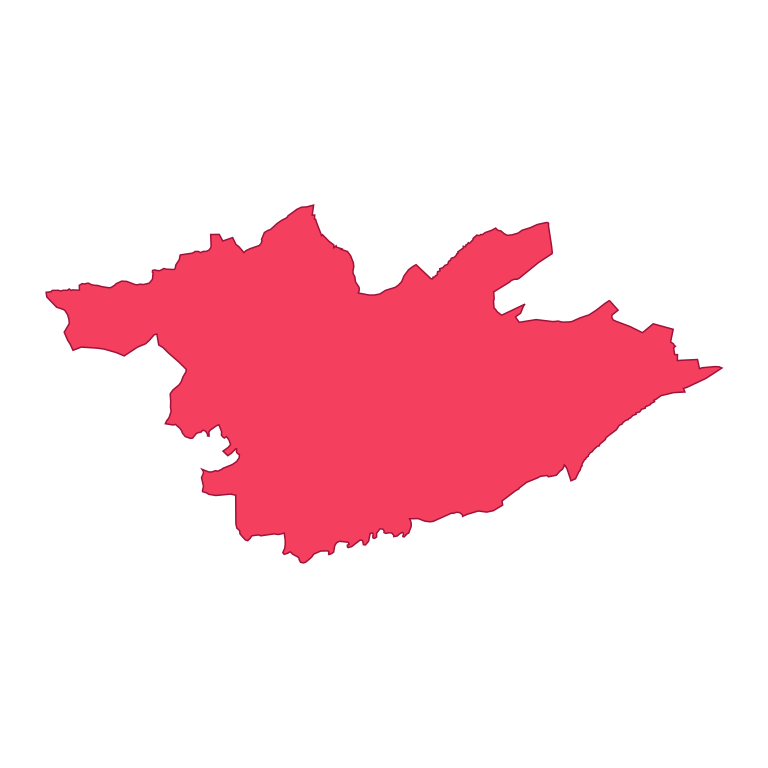 Halmasd, Salaj, Romania (Equal Earth projection)
{"feature_id": "2599482B57366951483701", "entity_name": "Halmasd", "entity_type": "district", "adm_level": 2, "iso_a3": "ROU", "parent_name": "Romania", "parent_adm1": "Salaj", "projection": "equal_earth", "projection_center": [22.598, 47.158], "detail": "fine", "context": "isolated", "style": "filled", "palette": "rose", "viewbox_px": 768, "rotation_deg": 0, "n_neighbors": 0, "source": "geoboundaries", "source_scale": "gbopen_adm2", "svg_char_len": 6085}
<svg xmlns="http://www.w3.org/2000/svg" viewBox="0 0 768 768"><path d="M705.9,378.4L721.9,368.0L719.0,366.8L715.0,366.6L702.3,367.7L699.5,368.7L697.5,359.5L677.3,360.5L677.5,354.6L674.7,354.6L673.6,348.0L675.4,346.2L674.3,345.5L673.5,343.9L670.6,341.9L673.2,329.3L653.2,323.8L642.5,332.7L629.7,326.4L616.1,321.3L613.1,319.9L611.8,317.2L611.9,315.8L612.2,314.9L618.1,310.2L610.0,301.1L609.1,300.7L605.0,303.4L596.5,310.0L589.2,314.8L580.0,317.9L571.7,321.6L568.3,322.0L562.2,322.1L558.3,321.1L552.9,321.6L536.1,319.6L519.2,322.3L515.6,317.2L515.8,316.6L520.6,313.2L523.4,306.2L525.0,304.1L501.6,315.2L496.9,311.5L495.6,309.4L494.0,308.0L493.5,300.8L494.0,300.0L494.1,298.4L493.7,291.9L509.6,282.1L511.3,280.5L514.1,279.3L517.4,279.2L519.0,278.4L538.7,262.4L552.0,253.7L552.3,252.9L551.6,246.3L548.5,226.0L548.6,223.5L548.0,222.7L546.4,222.5L537.3,224.5L530.3,227.7L522.2,230.2L518.1,233.1L511.8,234.9L507.2,235.3L504.2,233.7L500.9,230.9L497.8,230.3L495.7,228.1L491.7,230.3L485.1,232.6L482.5,234.6L480.6,234.5L479.6,235.6L476.8,235.1L476.0,235.7L475.7,236.6L474.6,236.9L473.0,238.6L473.0,239.7L469.4,243.4L468.3,242.7L467.0,244.7L466.1,244.7L465.8,246.3L465.4,246.7L463.3,246.3L463.3,248.0L457.8,251.9L458.1,253.1L456.8,253.8L456.3,255.3L454.3,257.3L451.3,258.2L450.3,260.5L449.5,260.6L448.3,262.0L448.2,263.4L447.4,264.4L444.7,265.5L442.8,267.7L439.7,268.7L440.0,270.9L437.6,271.7L437.0,275.2L435.6,275.6L434.6,277.1L433.1,277.1L432.6,278.8L430.9,278.7L416.1,264.7L413.0,266.4L408.6,269.7L404.0,275.9L401.7,281.6L398.5,285.0L395.4,287.3L385.6,290.3L379.8,294.0L374.6,295.0L369.5,295.1L358.3,293.0L359.0,291.5L359.3,289.3L359.0,287.2L355.5,281.8L354.8,276.7L353.3,274.0L352.9,271.7L353.8,266.4L353.3,262.6L350.6,255.7L347.5,251.5L341.2,249.4L341.9,248.9L336.5,247.1L336.1,245.8L333.8,247.7L333.8,244.9L329.1,241.4L322.5,234.7L321.6,235.6L316.3,221.8L315.7,219.4L314.5,219.0L314.7,215.0L312.2,215.2L313.6,205.1L306.7,206.9L301.5,207.2L296.9,209.3L288.0,215.8L287.5,216.8L286.0,218.2L282.2,220.0L277.2,223.4L270.5,229.5L267.9,230.4L264.4,232.5L261.5,239.5L262.0,240.9L261.6,241.3L261.5,242.7L259.4,245.5L250.0,248.7L246.0,250.6L244.0,252.6L238.8,246.6L236.0,244.5L232.6,237.6L222.8,241.0L219.2,234.4L210.7,234.5L211.1,246.4L210.7,247.7L209.3,249.8L206.7,251.3L203.2,251.4L200.6,252.6L198.1,251.4L194.9,251.5L193.8,252.5L191.9,253.2L180.4,254.9L180.0,255.5L179.3,259.6L175.9,264.8L175.1,268.5L174.3,269.5L166.4,269.2L163.9,268.5L159.8,270.7L156.0,270.4L155.1,269.9L152.6,270.4L152.4,272.2L153.1,272.8L152.4,279.3L149.3,283.1L143.6,284.5L139.6,284.2L137.2,284.9L134.9,284.5L126.7,281.4L121.7,281.1L116.1,283.7L114.7,285.2L110.9,287.6L108.6,287.7L102.0,286.7L97.8,285.5L93.8,285.2L90.9,284.5L88.7,283.2L87.4,283.2L84.4,284.0L82.1,283.6L79.3,285.3L79.4,290.1L79.0,290.2L72.6,289.9L71.2,290.4L69.3,289.0L68.1,289.7L67.9,290.3L62.9,290.3L60.7,291.1L58.5,290.3L52.5,290.4L51.5,291.0L51.2,291.7L46.1,292.3L46.8,297.0L56.6,307.2L63.4,309.5L64.9,310.5L67.6,314.7L68.9,319.3L69.3,323.5L64.2,332.2L67.6,340.1L70.4,344.6L73.0,350.3L81.3,347.1L96.8,348.1L104.2,349.1L116.4,352.6L124.2,355.9L137.4,347.2L145.7,343.7L149.3,340.4L154.1,334.8L156.9,334.1L158.7,345.0L162.8,347.4L168.9,353.4L178.8,362.0L186.3,369.4L185.9,371.9L183.0,376.9L181.0,382.2L178.9,385.0L173.0,389.9L170.4,393.5L170.2,394.4L170.7,400.8L170.5,407.0L171.1,411.4L169.0,417.8L166.6,420.9L165.3,423.7L173.3,425.0L175.4,424.4L179.9,428.3L181.6,430.8L182.4,433.1L185.3,436.6L190.5,438.4L192.6,438.1L196.6,433.2L201.4,431.9L202.4,430.5L204.1,430.3L206.0,431.7L207.6,434.4L207.5,435.9L209.1,436.1L208.9,432.2L210.0,430.3L216.7,425.6L218.9,424.8L221.6,431.7L221.4,435.0L222.1,436.1L223.4,437.5L224.6,438.0L226.6,436.6L229.0,440.2L230.6,444.5L228.2,447.4L223.0,451.1L227.8,455.7L231.5,453.1L235.8,448.7L236.6,448.9L236.4,451.7L237.4,453.4L239.4,454.6L239.2,457.7L236.6,461.5L232.4,464.5L222.5,468.5L221.9,469.3L217.3,471.3L215.8,470.6L211.6,472.0L208.6,471.9L202.0,469.3L203.4,471.5L203.3,473.5L201.5,477.7L203.5,486.3L202.4,490.9L202.7,491.7L206.4,492.8L208.7,494.3L215.9,495.5L230.6,494.1L235.7,495.2L235.9,523.8L236.8,528.1L239.6,530.6L240.0,533.9L245.3,539.9L247.7,540.7L250.2,538.3L251.8,535.8L258.7,534.9L260.8,535.8L274.0,533.9L278.4,534.5L284.3,533.2L285.2,540.0L285.2,544.3L284.8,548.1L282.8,552.6L284.1,554.3L287.6,553.3L290.0,551.8L290.5,552.0L292.7,554.2L298.2,557.2L298.9,558.1L299.3,560.0L300.6,562.3L303.5,562.9L305.5,562.3L309.8,558.8L311.9,556.8L313.7,554.1L320.8,551.0L327.8,550.9L328.9,551.6L328.6,554.2L328.9,554.6L331.4,553.7L333.6,552.1L334.8,545.6L335.7,544.1L336.7,542.7L339.4,541.3L348.0,542.2L349.2,544.1L347.3,545.2L347.5,547.1L348.1,547.6L351.7,546.6L360.1,540.1L361.7,540.2L362.7,541.0L363.4,544.7L365.5,544.9L368.6,541.2L370.2,533.4L372.4,533.0L373.1,534.0L372.8,537.3L373.3,538.1L374.6,538.3L376.6,537.0L376.6,533.3L380.0,528.8L383.0,529.2L384.1,530.8L384.0,532.6L385.9,533.4L388.9,532.7L391.9,533.1L393.6,535.1L393.8,536.6L397.2,536.0L399.7,533.8L402.1,532.4L403.2,533.0L403.5,534.4L402.8,536.2L403.1,536.8L404.1,536.9L407.4,533.6L408.7,533.1L411.2,526.3L411.2,523.1L410.4,520.3L409.5,518.8L418.2,518.6L424.7,521.1L430.1,521.8L433.3,521.3L451.2,513.3L453.8,513.2L456.3,512.3L459.5,512.5L462.4,514.7L462.6,516.4L467.2,514.3L478.3,511.0L486.7,512.1L493.3,510.7L502.7,505.1L502.0,501.0L515.7,490.6L518.9,488.9L519.0,488.2L520.1,487.3L526.5,482.4L537.5,477.9L540.4,476.3L547.1,475.5L548.5,476.8L556.4,475.2L559.8,471.3L562.6,469.1L564.1,466.1L564.2,464.9L565.0,465.5L567.0,468.7L571.0,480.8L575.5,478.8L578.6,472.3L580.2,470.0L581.0,467.0L582.0,466.0L582.1,463.9L584.5,459.8L585.6,459.1L586.1,457.7L588.3,456.2L588.5,454.9L590.3,452.7L592.3,451.6L593.7,449.6L597.2,446.4L599.2,445.9L599.8,444.2L605.4,439.5L605.7,438.2L607.5,436.4L616.2,429.9L619.3,425.3L622.3,423.9L622.9,422.6L625.8,420.3L628.3,419.6L628.8,418.6L630.6,417.8L632.8,415.4L636.1,414.3L635.8,413.0L639.7,411.9L641.7,409.2L645.2,408.2L645.2,407.2L645.7,406.7L650.4,404.6L650.9,403.6L654.6,401.6L653.8,400.3L656.3,399.1L660.9,395.7L673.7,392.6L684.9,392.0L683.5,388.4L686.8,387.4L705.9,378.4Z" fill="#f43f5e" stroke="#9f1239" stroke-width="1.5"/></svg>